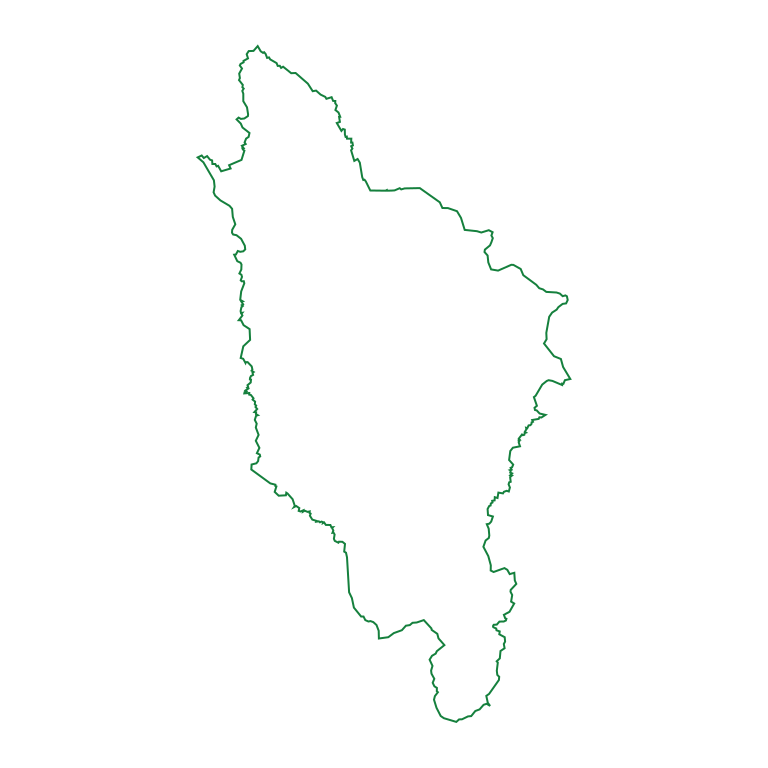 Khanu Woralaksaburi, Kamphaeng Phet, Thailand (Robinson projection), rotated 270°
{"feature_id": "78962969B71867994659832", "entity_name": "Khanu Woralaksaburi", "entity_type": "district", "adm_level": 2, "iso_a3": "THA", "parent_name": "Thailand", "parent_adm1": "Kamphaeng Phet", "projection": "robinson", "projection_center": [99.636, 16.012], "detail": "fine", "context": "isolated", "style": "outline", "palette": "green", "viewbox_px": 768, "rotation_deg": 270, "n_neighbors": 0, "source": "geoboundaries", "source_scale": "gbopen_adm2", "svg_char_len": 6124}
<svg xmlns="http://www.w3.org/2000/svg" viewBox="0 0 768 768"><g transform="rotate(270 384 384)"><path d="M721.9,257.7L717.1,253.5L716.9,248.7L713.8,246.7L709.6,248.0L707.1,243.5L705.7,243.6L704.1,240.6L702.5,239.8L699.5,242.0L694.4,239.2L689.9,239.9L687.9,239.0L683.1,242.8L680.7,242.4L679.4,243.7L677.1,242.3L674.3,243.3L666.8,243.3L660.7,247.0L653.6,248.1L651.9,247.9L649.5,244.3L649.1,240.9L650.4,238.6L648.6,236.6L644.4,240.8L640.5,242.5L635.0,249.5L631.1,248.6L629.4,246.1L625.6,244.6L624.0,245.7L622.2,241.9L619.9,243.6L619.7,242.4L618.5,242.9L617.4,244.4L608.1,241.5L602.8,229.1L599.5,230.6L596.7,221.2L602.2,218.1L601.6,216.6L604.0,215.3L604.0,212.4L607.6,212.1L608.3,210.0L611.9,207.1L610.0,203.8L612.5,201.7L610.6,197.7L605.7,203.4L587.7,213.9L581.4,214.6L575.7,213.6L572.4,215.1L567.6,220.4L562.2,229.5L559.2,232.1L551.1,232.8L543.7,235.3L538.2,232.2L535.3,232.0L533.5,233.1L532.8,236.5L529.2,241.1L522.3,244.8L518.6,245.2L516.7,243.3L516.2,240.2L517.0,237.8L513.5,235.9L513.3,234.2L506.8,237.3L505.3,240.5L503.5,241.5L498.5,241.3L494.5,239.4L493.3,241.4L491.1,242.0L487.7,240.7L486.7,241.7L486.8,243.8L484.7,244.3L476.6,241.2L468.2,240.2L466.7,242.7L466.3,241.4L463.7,243.1L462.9,241.8L462.0,242.8L460.8,241.4L456.9,240.6L455.0,241.0L455.2,242.3L454.2,241.5L452.5,242.4L447.8,238.8L447.7,241.1L442.8,243.6L438.9,249.6L428.1,250.1L421.7,243.3L410.0,240.7L409.2,243.2L405.0,245.5L405.9,245.8L405.9,247.6L401.6,251.7L398.5,252.4L397.3,251.6L396.0,253.6L395.3,252.5L393.1,253.1L391.9,250.9L390.0,250.0L388.6,249.9L388.4,251.0L385.5,250.7L382.8,247.5L380.9,248.2L380.3,247.2L379.4,248.3L377.5,245.4L376.7,246.4L375.9,244.6L374.6,244.3L375.0,249.3L373.4,249.2L373.0,250.9L369.7,253.5L368.4,252.6L366.4,255.1L363.7,254.8L362.4,256.2L361.0,255.5L359.0,257.2L355.9,254.4L355.6,256.1L353.9,256.0L352.8,257.8L352.3,256.1L348.1,254.8L344.3,256.7L340.5,255.8L333.1,258.6L327.2,255.8L320.1,259.4L314.8,256.9L313.4,259.8L311.6,260.2L310.5,258.6L306.9,258.1L304.7,256.4L303.5,251.6L298.5,251.3L284.6,270.3L283.3,275.4L282.1,275.3L281.6,276.4L276.1,274.7L272.3,278.7L272.7,285.9L275.3,286.3L274.5,287.5L268.8,292.6L262.1,294.8L260.9,294.0L262.0,296.2L259.9,299.3L257.1,298.7L256.5,300.6L257.7,303.3L256.3,303.0L257.3,304.7L256.1,307.6L256.6,309.7L255.1,309.5L254.4,310.6L252.3,309.9L248.4,312.3L247.1,316.5L246.3,316.2L246.7,318.8L245.7,319.9L246.4,321.5L245.8,323.1L244.9,322.9L245.6,324.1L243.1,325.8L243.0,330.4L240.7,331.4L240.8,332.9L240.0,332.1L237.5,333.3L235.2,332.5L235.4,333.5L233.5,334.6L229.2,333.9L227.1,334.8L225.3,338.4L226.3,339.0L226.2,342.4L224.1,345.0L216.4,344.2L215.3,346.0L210.7,347.0L175.7,349.1L169.9,351.9L160.4,353.9L151.5,361.1L151.5,363.5L147.9,365.3L146.5,368.4L146.9,370.5L145.9,373.3L143.0,376.5L137.2,378.7L129.5,378.9L130.8,388.3L134.9,393.8L137.8,401.9L142.3,405.9L142.9,409.8L145.2,412.5L145.5,416.7L147.9,423.8L139.6,431.4L138.1,431.7L134.2,437.3L129.6,438.5L122.9,444.4L116.8,436.8L114.4,435.7L112.2,432.0L108.3,429.6L102.1,432.5L97.4,431.1L94.3,431.5L89.2,434.3L85.2,432.7L81.7,434.4L80.1,436.9L76.8,436.8L75.8,437.9L71.9,434.9L68.3,434.0L60.2,436.5L52.0,440.7L49.8,443.9L46.1,456.3L48.6,459.1L48.7,462.0L51.6,468.0L51.9,471.2L57.0,475.3L58.6,479.6L63.2,483.6L64.2,486.7L62.1,490.1L65.2,487.8L72.1,486.3L74.1,489.1L88.0,498.9L91.2,499.2L93.1,497.3L97.3,496.8L105.4,497.8L106.7,496.7L109.6,499.8L117.0,500.5L119.8,504.6L124.0,503.8L126.4,505.1L130.8,504.7L133.7,499.3L136.6,499.7L137.7,496.5L139.5,496.2L140.8,493.3L141.9,493.0L143.2,493.7L143.4,496.8L146.4,499.4L146.5,503.8L147.5,505.9L149.2,506.4L149.7,505.2L153.2,503.9L156.2,509.5L164.5,514.2L166.4,511.1L173.0,512.2L176.3,510.5L178.1,510.7L184.1,516.3L187.6,514.8L195.2,514.3L193.9,509.7L198.2,507.3L199.9,504.4L196.0,493.6L197.5,490.7L202.7,490.8L211.9,488.3L221.2,483.4L227.5,485.6L230.0,488.8L232.4,489.3L239.3,488.7L243.8,486.8L244.3,489.3L246.4,491.2L251.5,492.9L252.9,488.0L259.0,487.6L262.0,489.2L262.5,490.6L264.5,490.8L265.5,492.5L267.2,492.2L267.6,494.6L270.8,494.8L270.0,497.5L275.4,498.4L274.6,503.0L276.2,503.9L277.2,506.7L276.5,508.8L280.5,509.9L283.7,508.6L285.7,509.2L286.2,510.7L290.9,510.1L292.4,511.9L292.8,510.3L294.6,512.1L295.4,510.2L297.4,510.8L297.9,510.0L298.4,511.6L300.1,510.6L300.8,512.1L303.4,513.2L308.0,509.1L317.0,510.3L320.3,512.9L321.7,520.0L325.5,518.7L327.0,519.4L327.3,518.6L328.2,518.7L328.3,519.7L329.4,518.8L333.5,522.0L332.8,522.8L333.2,524.3L335.0,524.7L335.4,525.9L336.1,524.8L338.8,526.4L340.2,526.1L339.8,527.3L342.6,528.6L342.8,530.4L344.1,531.5L345.6,531.6L346.2,533.0L348.0,532.2L349.1,538.7L350.7,539.4L350.5,541.4L353.1,545.5L354.5,539.6L357.6,536.7L358.0,535.0L360.2,534.5L362.2,536.9L370.9,533.9L372.2,535.6L383.4,542.2L387.0,546.7L387.8,548.6L387.1,552.4L383.0,562.1L384.4,562.1L384.2,563.4L387.8,564.9L389.0,570.3L401.0,563.1L409.0,560.9L411.8,554.0L424.5,544.0L428.8,546.6L435.1,546.3L451.2,549.2L455.4,552.1L458.4,556.7L460.8,558.3L464.1,562.6L464.6,566.1L468.0,567.7L471.7,566.9L472.6,565.4L471.8,562.7L474.4,559.9L475.5,556.5L476.1,546.3L478.6,543.0L479.8,539.2L483.2,536.3L492.8,523.3L499.0,520.7L503.1,513.4L503.2,511.3L497.4,498.1L498.6,491.1L505.6,488.3L512.5,487.6L516.0,484.5L518.4,484.9L522.6,490.0L525.8,491.4L529.9,492.8L532.5,491.4L535.8,492.6L537.8,488.8L535.5,481.3L536.8,477.0L538.1,464.7L550.1,461.0L556.8,457.0L559.9,448.0L560.0,442.4L565.7,439.8L579.9,419.8L579.6,404.7L578.6,401.2L579.8,399.7L577.6,394.6L577.4,391.1L577.3,387.1L578.0,386.9L577.3,385.6L577.5,370.3L586.6,365.8L588.3,364.5L588.0,363.3L590.9,362.2L605.4,359.8L609.0,357.6L607.1,354.3L617.7,351.1L619.4,352.4L621.8,351.2L622.6,352.9L625.5,352.4L625.5,351.1L629.3,351.3L629.3,347.0L631.4,346.8L631.1,345.6L633.5,344.9L638.4,344.8L639.0,343.0L637.1,341.4L645.0,336.8L646.1,339.9L651.1,339.1L651.2,340.2L655.5,338.5L658.0,335.4L662.4,336.9L664.8,335.2L667.0,335.3L667.1,333.1L670.8,331.6L669.2,326.4L671.1,325.3L673.4,320.6L677.4,316.1L676.8,312.7L684.3,307.9L695.0,295.6L694.8,291.2L701.3,283.1L700.1,281.1L702.2,279.8L702.1,277.7L704.9,276.6L708.6,270.2L710.6,269.0L710.1,267.1L714.1,265.6L715.8,264.1L715.1,263.1L716.7,260.7L721.9,257.7Z" fill="none" stroke="#15803d" stroke-width="2"/></g></svg>